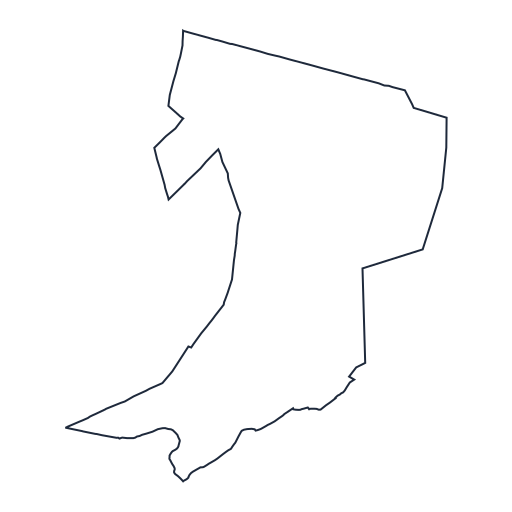 San Miguel Ejutla, Oaxaca, Mexico (Albers equal-area conic projection)
{"feature_id": "50627088B91603185074528", "entity_name": "San Miguel Ejutla", "entity_type": "district", "adm_level": 2, "iso_a3": "MEX", "parent_name": "Mexico", "parent_adm1": "Oaxaca", "projection": "albers", "projection_center": [-96.744, 16.594], "detail": "fine", "context": "isolated", "style": "outline", "palette": "slate", "viewbox_px": 512, "rotation_deg": 0, "n_neighbors": 0, "source": "geoboundaries", "source_scale": "gbopen_adm2", "svg_char_len": 3685}
<svg xmlns="http://www.w3.org/2000/svg" viewBox="0 0 512 512"><path d="M208.8,463.7L209.2,463.5L211.3,462.3L215.1,460.1L216.1,459.4L217.3,458.6L222.9,454.2L226.1,451.8L228.4,450.2L230.7,449.0L231.1,448.6L232.3,446.7L234.0,444.3L235.3,442.7L238.5,436.4L240.8,432.2L241.7,430.8L244.0,429.7L247.1,429.1L251.7,428.8L254.7,429.3L255.6,430.6L257.6,430.1L258.5,429.8L260.2,429.2L261.3,428.7L266.4,425.8L267.6,425.0L270.0,423.9L274.0,421.7L274.7,421.3L279.1,418.1L281.8,416.3L283.4,415.1L283.6,414.8L283.8,414.6L284.4,414.0L293.0,408.3L293.3,409.3L295.6,409.7L298.6,409.9L300.2,409.8L301.8,409.1L303.6,408.7L307.8,407.5L309.1,409.2L309.6,408.8L313.1,408.7L315.7,408.8L316.7,408.9L318.7,409.7L319.2,409.7L320.6,409.6L326.1,405.2L329.9,402.6L332.5,400.6L334.3,399.2L335.5,398.3L335.2,398.0L335.7,397.4L337.7,395.6L339.9,394.5L341.2,393.3L343.1,392.4L344.6,390.7L345.3,389.6L346.6,387.4L349.8,382.5L354.2,379.6L349.1,376.6L356.2,367.4L365.2,362.9L362.5,268.4L422.7,249.4L442.2,188.2L446.3,147.6L446.6,117.7L413.7,107.9L412.1,104.2L404.9,90.3L392.5,87.1L388.8,85.8L384.3,85.5L378.7,83.3L363.7,79.3L363.0,79.3L352.8,76.5L337.7,72.3L323.1,68.5L312.7,65.6L289.4,59.4L279.2,56.5L275.5,55.7L267.8,53.9L260.1,51.5L259.7,51.4L231.8,43.9L231.4,44.0L229.9,43.8L222.3,41.5L216.9,40.0L215.7,39.9L210.2,38.3L207.8,37.6L206.6,37.3L191.6,33.2L183.4,30.9L183.1,30.7L182.9,36.5L182.6,41.1L182.5,45.5L180.8,54.0L180.2,56.8L179.2,60.1L178.8,61.1L175.8,73.3L173.4,81.2L169.8,94.9L168.4,105.9L179.2,115.5L180.0,116.3L183.2,118.5L182.4,119.3L179.1,123.6L175.4,128.5L166.3,135.9L164.4,137.7L160.2,142.0L154.3,147.8L156.8,158.1L156.8,158.4L159.0,165.5L160.4,169.9L164.6,184.8L165.2,188.1L165.3,188.4L167.0,193.9L168.0,196.9L168.1,197.4L168.6,199.5L183.6,184.8L183.8,184.4L184.2,184.3L184.5,184.0L187.2,181.0L200.5,168.4L205.9,161.9L212.2,155.4L217.8,149.8L218.3,149.3L218.9,150.7L219.1,151.3L220.2,153.8L222.4,162.0L227.8,173.4L228.1,177.8L228.6,180.4L238.5,208.9L240.3,212.9L237.8,224.8L237.4,229.5L236.2,242.6L236.4,243.1L236.1,244.5L235.5,248.9L235.2,251.2L234.8,253.7L234.7,255.7L234.0,259.9L232.0,279.5L231.6,280.7L227.6,293.0L225.2,299.5L224.1,302.2L223.7,304.7L219.4,310.2L215.1,315.7L213.3,318.2L211.4,320.7L209.6,322.9L206.6,326.8L201.3,333.2L193.5,344.0L191.2,347.5L188.4,346.5L172.3,371.4L162.5,383.0L161.8,383.4L149.5,388.8L145.9,390.8L133.8,396.3L132.9,396.8L124.8,401.5L120.7,402.9L106.1,408.8L105.0,409.5L95.3,414.1L93.0,415.1L89.9,416.6L87.9,418.0L82.7,420.3L79.3,421.7L67.4,426.8L66.4,427.4L65.4,427.8L66.6,427.9L82.1,431.1L83.0,431.4L95.3,433.9L96.7,434.0L99.3,434.6L101.9,435.2L116.5,437.8L118.2,437.7L119.3,438.5L119.7,438.6L120.2,438.2L120.4,438.2L122.2,437.6L126.8,438.1L130.8,438.1L133.5,438.1L135.3,437.6L137.0,436.5L139.6,436.0L142.1,434.8L146.4,433.6L152.5,431.7L157.8,429.2L162.5,428.2L165.1,428.1L168.2,429.0L170.9,429.3L172.8,430.2L175.6,432.9L177.4,434.9L178.5,437.7L179.6,439.9L179.8,440.9L178.5,445.8L178.5,446.1L177.9,447.4L176.8,448.7L175.4,449.7L174.1,450.4L173.0,451.0L172.7,451.1L171.9,451.9L170.8,453.4L169.8,455.1L169.5,455.9L169.6,457.1L169.4,458.0L169.4,458.5L169.5,458.9L169.6,459.3L170.2,460.1L171.4,462.5L172.4,464.3L173.5,465.9L173.9,466.7L174.2,467.3L174.5,467.9L174.7,468.8L174.7,469.3L174.6,469.8L174.2,470.8L174.1,471.4L174.1,471.6L174.1,471.8L174.1,472.2L174.1,472.5L174.5,473.1L174.8,473.6L175.5,474.3L176.9,475.3L178.3,476.4L180.7,478.7L182.3,480.4L183.1,481.3L183.5,480.9L184.8,480.2L186.3,479.4L187.5,478.5L188.4,477.6L188.6,476.6L188.9,476.1L189.5,474.9L190.4,473.8L191.1,473.0L193.0,471.6L194.6,470.7L196.3,469.7L198.8,468.3L200.5,467.3L201.8,467.3L203.0,467.2L204.2,466.7L205.8,465.7L207.4,464.7L208.8,463.7Z" fill="none" stroke="#1e293b" stroke-width="2"/></svg>